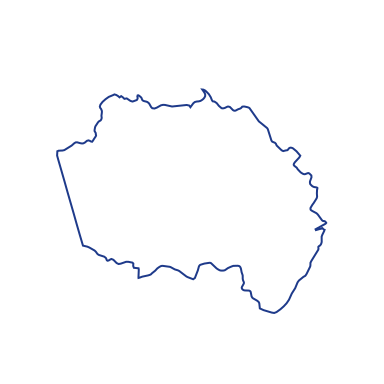 map outline of Cuyuni-Mazaruni (Albers equal-area conic projection), rotated 26°
{"feature_id": "GUY-676", "entity_name": "Cuyuni-Mazaruni", "entity_type": "Region", "adm_level": 1, "iso_a3": "GUY", "parent_name": "Guyana", "parent_adm1": "", "projection": "albers", "projection_center": [-59.812, 6.174], "detail": "fine", "context": "isolated", "style": "outline", "palette": "blue", "viewbox_px": 384, "rotation_deg": 26, "n_neighbors": 0, "source": "natural_earth", "source_scale": "10m", "svg_char_len": 4743}
<svg xmlns="http://www.w3.org/2000/svg" viewBox="0 0 384 384"><g transform="rotate(26 192 192)"><path d="M173.0,285.6L171.6,284.3L170.6,282.0L169.4,281.6L165.2,282.7L163.4,283.6L159.4,287.6L157.6,288.9L155.4,288.9L151.1,287.4L149.0,287.5L148.3,288.2L147.1,290.1L146.2,290.8L145.4,290.7L144.8,290.2L144.1,289.5L143.4,289.0L141.4,288.6L135.8,289.4L134.4,289.2L133.3,288.7L132.3,288.1L131.1,287.6L130.0,287.3L124.1,286.9L121.9,287.0L117.5,288.0L110.0,279.8L102.5,271.5L95.1,263.2L87.7,255.0L80.2,246.7L72.8,238.4L65.4,230.2L57.9,221.9L54.8,218.4L53.1,214.4L54.1,213.3L57.4,211.5L58.9,210.3L63.5,203.0L64.8,199.8L65.7,198.4L67.0,197.7L70.2,197.1L71.9,196.6L73.0,195.9L74.0,194.6L75.1,192.1L76.3,191.0L77.7,190.8L79.1,190.9L80.2,190.6L80.5,189.1L80.6,187.7L81.1,184.0L80.9,183.0L80.6,182.7L80.3,182.4L80.0,181.8L79.5,181.1L77.8,180.0L77.3,179.1L76.5,176.3L76.4,175.2L77.0,170.5L77.5,169.1L78.4,167.9L78.6,167.1L78.6,166.3L78.5,165.5L78.2,164.7L77.2,163.2L76.2,160.2L75.5,158.7L74.0,157.3L72.6,156.6L71.7,155.6L71.4,153.6L72.1,150.2L73.6,146.5L75.5,143.0L78.6,139.5L79.5,138.3L81.4,138.0L83.5,138.2L85.4,138.7L86.3,136.9L88.3,137.2L90.4,137.9L92.3,136.5L96.7,137.1L98.8,136.8L99.3,136.4L102.0,133.6L102.1,133.2L102.2,132.4L102.0,131.4L101.0,130.1L100.8,129.0L101.4,128.6L102.6,128.7L104.8,129.3L105.5,129.7L106.2,130.4L107.0,131.1L108.2,131.4L109.1,131.3L111.4,130.8L112.6,130.7L114.6,131.2L118.1,133.6L119.6,134.1L121.7,133.4L123.3,131.7L126.1,127.7L127.7,126.4L129.5,125.6L136.6,123.9L149.1,116.1L151.7,115.5L153.4,116.5L154.3,111.6L155.1,109.9L156.6,108.6L158.3,107.6L159.7,106.4L160.6,105.0L161.4,103.4L161.8,101.7L161.8,100.0L161.0,98.4L159.7,97.3L156.3,95.4L157.4,95.0L159.1,95.0L160.7,95.4L164.3,96.7L167.3,98.6L169.6,100.7L170.4,101.2L171.1,101.4L172.4,100.9L173.5,101.0L175.3,101.3L178.4,102.8L181.8,103.7L182.5,103.5L183.1,103.3L183.8,102.8L184.5,102.2L185.1,101.5L185.6,100.8L186.0,100.3L186.5,99.7L187.4,99.2L188.9,99.0L192.8,100.4L193.7,100.5L194.6,100.3L195.3,99.9L195.9,99.2L196.8,97.9L197.4,97.2L198.7,95.9L199.2,95.2L199.6,94.0L199.7,93.4L200.4,92.8L201.6,92.2L204.5,91.5L205.9,91.3L206.9,91.4L221.1,99.2L231.4,101.6L232.0,101.9L232.7,102.4L240.8,110.9L241.3,111.2L242.1,111.6L244.9,111.4L245.6,111.6L246.3,111.9L247.7,113.1L253.5,115.0L255.0,115.3L256.1,115.2L258.1,113.5L259.3,112.7L259.6,112.2L260.0,110.4L260.2,109.9L260.5,109.5L261.0,109.0L262.1,108.6L262.9,108.5L263.6,108.5L268.1,109.6L273.4,111.9L273.3,113.9L271.4,120.2L271.2,121.9L271.5,123.0L272.2,123.5L272.9,123.7L275.3,124.2L275.9,124.5L277.0,125.2L277.5,125.4L281.0,126.7L282.2,126.9L283.5,127.0L284.1,127.0L284.7,126.9L285.3,126.7L285.8,126.4L287.6,124.5L288.2,124.0L289.3,123.9L292.0,124.8L292.9,126.3L293.0,126.9L293.4,130.8L294.0,132.1L294.7,133.0L295.6,133.4L297.4,134.0L298.9,134.1L299.4,134.0L300.0,133.9L301.2,133.5L302.0,133.3L302.8,133.3L303.3,134.2L303.3,134.9L304.9,138.6L306.5,141.4L306.8,143.0L306.2,148.6L305.8,150.7L305.5,154.2L305.9,155.3L306.4,155.9L306.9,156.1L308.1,156.3L313.1,156.5L314.2,156.8L315.2,157.2L321.0,160.3L321.9,160.6L322.7,160.6L323.2,160.3L323.9,160.1L324.4,160.1L326.0,160.7L326.2,160.9L325.9,162.0L319.4,171.3L319.8,171.6L320.1,171.9L323.1,169.2L324.1,168.5L324.4,168.1L324.6,167.6L325.0,167.3L326.3,167.8L327.2,168.0L327.7,167.9L327.9,169.0L327.9,173.4L328.1,175.3L330.5,180.1L330.8,181.8L330.8,182.7L330.6,183.6L330.3,184.4L329.8,185.1L329.6,185.9L330.0,186.7L330.5,187.5L330.8,188.5L329.5,201.7L329.5,203.7L330.6,206.1L330.9,207.2L330.9,215.3L330.6,217.6L329.3,219.5L326.9,224.7L326.5,226.9L326.9,233.2L326.2,239.5L326.4,246.3L325.8,250.5L324.6,254.5L322.9,258.6L320.6,262.9L318.9,264.7L316.6,265.4L308.1,266.8L304.0,266.9L301.5,262.9L301.0,262.3L300.4,261.8L299.7,261.5L298.9,261.3L297.9,261.1L293.5,260.8L292.7,260.6L292.0,260.2L291.3,259.7L288.7,256.3L288.2,255.8L287.5,255.6L286.5,255.6L282.9,257.2L282.0,257.5L281.1,257.6L279.8,257.3L279.0,256.7L278.6,256.1L278.5,255.4L278.7,251.6L278.5,250.9L278.1,250.3L276.7,249.1L276.1,248.4L275.6,247.7L274.2,244.9L273.7,244.3L271.8,242.4L269.7,239.6L269.1,239.0L268.4,238.4L267.6,238.0L266.9,237.9L265.9,238.1L265.1,238.4L261.5,240.3L260.6,241.2L259.5,242.4L257.6,244.7L256.3,247.1L255.8,247.9L254.9,248.7L253.2,249.6L252.2,250.0L251.2,250.2L250.6,250.2L249.1,250.1L247.6,249.9L240.3,247.6L239.7,247.7L239.3,247.7L238.7,248.0L234.5,250.9L231.7,253.5L231.2,254.1L230.9,255.0L230.9,256.1L231.6,259.8L232.3,268.0L231.3,269.9L225.6,270.4L224.1,270.4L215.2,268.6L213.6,268.6L210.5,269.1L206.2,268.9L205.5,268.9L204.8,269.0L198.4,271.1L197.3,271.6L196.4,272.4L195.5,273.7L194.3,275.9L193.4,278.9L191.6,282.7L191.2,284.0L190.4,285.0L189.0,286.3L184.4,289.9L182.4,292.0L181.6,292.7L181.4,292.4L178.2,285.1L177.4,284.0L173.0,285.6Z" fill="none" stroke="#1e3a8a" stroke-width="2"/></g></svg>